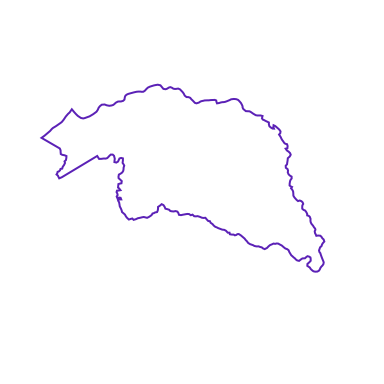 Santana, Amapá, Brazil (Mercator projection), rotated 149°
{"feature_id": "56859067B35347947791868", "entity_name": "Santana", "entity_type": "district", "adm_level": 2, "iso_a3": "BRA", "parent_name": "Brazil", "parent_adm1": "Amapá", "projection": "mercator", "projection_center": [-51.377, 0.176], "detail": "fine", "context": "isolated", "style": "outline", "palette": "violet", "viewbox_px": 384, "rotation_deg": 149, "n_neighbors": 0, "source": "geoboundaries", "source_scale": "gbopen_adm2", "svg_char_len": 5686}
<svg xmlns="http://www.w3.org/2000/svg" viewBox="0 0 384 384"><g transform="rotate(149 192 192)"><path d="M293.1,315.9L282.9,297.4L283.2,295.4L284.1,293.8L284.9,292.1L284.1,290.7L282.3,289.1L281.1,287.5L282.1,286.0L283.6,284.3L285.5,283.9L285.9,282.3L287.7,281.1L289.8,280.2L291.2,278.9L292.8,279.5L293.9,278.6L295.5,278.2L296.8,278.5L297.8,277.5L299.1,276.8L298.5,275.2L298.7,273.4L298.8,272.1L296.0,271.7L292.9,271.7L290.0,271.7L281.5,271.7L273.6,271.7L267.6,271.7L265.7,271.7L264.1,271.7L257.5,271.7L254.7,271.7L254.6,268.2L252.6,267.1L250.5,266.2L248.8,265.1L247.2,264.7L245.6,265.1L244.0,265.6L242.3,265.9L240.7,264.9L240.2,263.2L241.1,260.2L242.1,259.0L243.1,257.6L241.7,256.2L239.7,256.2L238.1,257.3L236.9,258.1L235.2,257.7L233.9,256.4L235.0,254.6L236.5,252.7L236.4,251.2L236.5,249.5L238.0,248.2L239.1,246.6L240.1,245.5L241.7,244.7L243.6,244.5L245.7,244.6L247.2,242.9L247.8,241.6L247.2,239.7L246.6,237.5L248.0,235.8L249.7,236.4L251.0,236.7L253.1,233.9L252.6,232.5L252.4,230.4L254.3,231.1L255.6,231.8L256.7,230.8L256.8,229.2L257.3,227.7L258.9,226.9L259.1,225.4L257.3,224.7L256.2,223.8L256.5,222.1L257.7,222.8L259.4,223.8L259.8,222.4L259.8,220.7L260.6,218.6L261.3,216.9L261.5,214.2L261.8,212.4L262.3,210.9L261.6,208.8L261.1,207.2L261.2,205.7L261.1,203.8L260.3,200.9L258.4,200.5L256.8,200.0L256.4,198.2L254.1,197.6L251.9,197.4L249.7,196.6L247.7,196.0L246.2,195.4L245.2,194.4L243.8,193.0L241.7,192.8L239.4,192.9L238.1,193.2L236.9,193.9L235.6,193.5L234.2,193.5L232.3,192.8L231.1,193.6L229.9,194.9L228.8,196.7L226.6,196.8L224.3,197.2L223.2,195.5L223.1,193.4L223.4,191.4L221.9,189.9L220.7,188.5L220.4,186.9L219.3,185.9L217.8,184.8L215.9,184.1L214.6,182.7L214.5,181.1L214.9,179.1L213.3,177.8L211.7,177.3L210.4,176.8L208.8,176.2L207.3,175.6L205.9,174.6L205.0,172.7L203.2,172.3L202.6,170.1L201.2,169.1L199.6,168.4L198.0,166.6L196.8,164.9L195.6,163.9L193.8,163.0L193.5,160.9L193.0,158.7L191.7,157.8L191.9,156.1L190.9,153.8L190.7,152.2L190.0,150.2L188.9,148.8L188.2,147.6L186.9,146.0L185.5,144.2L183.8,142.9L182.8,141.2L182.3,138.7L180.8,137.8L181.3,136.3L180.1,135.2L178.2,134.0L177.6,132.8L176.3,132.4L174.8,132.5L173.6,131.9L172.5,129.8L171.7,127.4L170.9,125.0L170.7,123.1L170.3,121.5L170.1,119.4L169.1,117.4L167.9,116.0L167.0,114.9L166.3,113.6L164.7,112.1L162.9,111.1L162.0,109.9L160.7,108.6L160.2,107.1L159.1,105.6L156.5,105.4L154.4,106.0L152.4,106.3L150.7,106.0L148.7,105.8L147.4,104.7L146.0,104.3L144.7,103.4L143.8,101.8L142.6,99.9L142.1,98.3L141.7,97.1L141.1,95.5L139.8,93.9L139.2,92.3L139.5,90.4L139.5,88.4L139.5,86.6L139.0,85.2L138.6,83.7L138.0,82.2L137.7,80.6L137.1,79.2L135.7,77.8L133.5,78.1L131.6,78.2L129.3,77.0L127.5,77.4L126.1,77.5L124.9,76.3L124.2,74.9L124.7,73.6L125.7,71.9L127.8,71.3L130.1,70.9L131.2,69.3L130.5,67.8L129.9,66.6L129.9,64.8L129.1,62.2L128.4,61.1L127.2,60.1L125.4,59.2L123.6,59.2L122.2,59.9L121.0,60.8L119.6,61.4L118.0,61.8L116.5,62.5L115.3,63.9L115.0,65.6L114.8,67.0L114.4,69.4L113.9,71.9L113.5,73.5L113.7,74.9L113.2,76.5L112.0,77.5L110.7,78.6L108.9,78.9L107.5,80.1L106.1,80.8L104.1,81.4L103.6,83.5L104.1,85.2L104.1,86.8L104.5,88.4L106.4,89.8L108.0,90.4L107.8,91.8L107.7,93.5L107.0,95.2L105.7,96.0L105.3,97.2L105.6,98.8L105.6,100.7L105.8,102.1L106.0,103.4L105.8,105.0L105.3,106.3L104.2,108.0L103.8,110.2L104.3,111.5L105.3,112.6L104.5,114.1L104.4,116.4L104.6,117.9L105.6,119.2L106.1,120.9L105.3,122.3L104.3,123.7L102.8,124.5L102.5,126.1L102.9,127.7L104.0,129.2L105.8,129.6L106.4,131.3L106.7,132.9L107.0,134.6L107.0,136.6L105.8,138.8L105.0,140.5L104.9,142.6L105.2,144.1L103.7,144.8L104.5,146.0L105.0,147.3L103.9,149.0L102.7,150.4L101.7,151.4L99.6,152.3L98.7,153.9L99.7,155.8L100.1,157.5L99.8,159.5L98.7,160.8L98.3,162.5L99.1,164.4L98.2,166.2L96.3,166.8L95.0,168.4L93.8,169.8L92.5,171.6L89.9,172.1L88.2,173.1L87.9,174.8L88.4,176.8L89.3,178.8L89.4,180.9L87.7,180.4L86.4,182.1L85.9,184.0L87.2,185.3L87.7,186.8L87.7,188.2L87.9,189.9L87.9,191.7L87.7,193.1L87.7,194.8L87.8,196.4L86.0,197.0L84.9,198.4L85.0,200.2L85.3,201.5L85.9,203.3L86.3,204.6L86.8,205.9L87.7,207.2L88.8,205.8L89.1,204.1L90.3,204.9L91.1,206.4L91.8,208.4L91.3,210.3L90.3,212.0L91.5,213.8L92.3,215.0L93.1,216.4L94.0,217.6L94.1,219.1L92.4,220.8L93.8,222.3L96.4,223.8L97.8,225.0L99.2,227.6L100.2,229.9L101.1,231.5L102.3,232.3L104.2,233.6L104.9,235.6L105.3,236.9L105.1,238.4L104.5,239.5L104.3,241.0L104.2,243.1L104.7,245.9L105.1,247.3L106.3,248.8L108.2,250.2L110.7,251.3L112.4,251.4L115.1,251.8L117.2,252.2L118.5,252.7L119.8,253.4L121.2,253.9L122.9,254.3L124.9,255.1L124.7,256.4L124.1,258.0L125.0,259.2L126.7,260.1L128.3,261.0L130.5,262.0L133.8,263.9L135.4,264.4L136.8,264.9L138.1,265.2L140.1,265.1L142.5,265.7L143.6,266.9L144.0,268.8L144.4,270.5L144.8,271.8L145.0,273.6L146.1,275.1L147.8,276.2L148.6,278.4L148.4,280.6L148.6,282.6L149.0,284.3L149.4,286.1L150.6,287.8L152.4,288.5L153.7,289.2L154.8,290.2L155.5,291.7L156.5,293.0L157.8,293.4L159.1,293.4L160.5,293.4L161.7,293.7L163.4,295.1L163.7,297.0L164.1,299.7L166.1,301.6L168.1,302.4L169.8,303.0L171.8,303.5L173.9,304.0L176.1,304.2L178.3,303.7L180.2,303.1L182.0,303.0L183.4,303.7L184.5,304.6L186.3,305.7L187.7,306.4L190.4,307.3L191.8,307.7L193.9,308.3L196.1,308.9L197.6,309.1L199.3,308.9L200.4,308.2L201.4,307.1L202.3,306.0L204.1,305.6L206.3,306.2L207.9,307.2L209.1,307.7L211.4,307.8L213.1,307.4L214.6,307.2L216.4,307.6L218.5,308.5L220.5,310.3L221.8,312.0L224.4,313.3L226.7,313.0L228.6,312.3L230.4,311.0L232.5,310.0L236.6,309.6L238.1,309.6L240.8,309.6L243.3,310.1L245.9,310.6L247.4,311.1L249.1,312.7L250.7,316.1L251.3,318.4L251.8,320.9L252.4,324.8L255.9,323.2L258.0,322.8L261.3,321.7L264.7,320.1L267.4,319.1L268.9,318.9L274.8,318.5L278.2,318.5L279.8,318.2L282.2,317.4L289.5,316.2L293.1,315.9Z" fill="none" stroke="#5b21b6" stroke-width="2"/></g></svg>